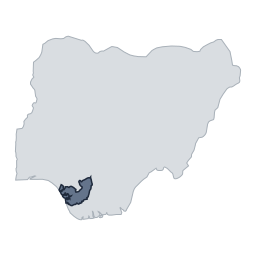 location of Delta within Nigeria
{"feature_id": "NGA-2860", "entity_name": "Delta", "entity_type": "State", "adm_level": 1, "iso_a3": "NGA", "parent_name": "Nigeria", "parent_adm1": "", "projection": "mercator", "projection_center": [5.747, 5.78], "detail": "fine", "context": "in_parent", "style": "filled", "palette": "slate", "viewbox_px": 256, "rotation_deg": 0, "n_neighbors": 0, "source": "natural_earth", "source_scale": "10m", "svg_char_len": 6749}
<svg xmlns="http://www.w3.org/2000/svg" viewBox="0 0 256 256"><path d="M221.4,39.5L230.0,51.6L231.8,60.6L232.5,65.1L234.0,65.6L236.6,65.8L238.6,66.7L239.8,68.2L240.5,69.6L240.6,70.4L240.1,75.8L239.4,77.7L239.8,80.4L239.7,81.5L239.4,82.3L238.2,83.2L236.5,84.0L232.6,86.6L231.5,87.0L229.9,87.0L228.5,87.7L226.8,89.0L223.1,94.2L220.0,99.3L217.8,107.6L215.0,110.2L214.5,112.5L214.1,117.7L213.7,119.3L213.3,119.7L210.3,120.7L208.6,121.9L207.6,124.2L206.3,132.2L205.8,133.5L204.9,134.9L203.4,136.4L202.1,137.2L198.7,137.8L195.5,143.7L195.4,144.8L194.0,150.2L191.6,154.3L191.4,156.9L188.3,160.5L186.7,163.0L188.3,165.5L188.5,165.9L183.2,170.3L182.8,170.9L182.6,173.9L182.2,174.7L181.2,175.8L179.8,177.0L178.3,177.9L176.7,178.6L175.1,178.8L174.2,178.5L173.7,177.5L172.8,173.9L172.4,173.1L171.3,172.4L167.3,168.4L164.8,167.0L164.3,167.1L163.8,167.4L163.1,169.5L162.4,170.2L161.1,170.5L158.9,170.5L157.2,170.2L156.8,169.8L156.1,168.2L151.0,171.9L149.2,172.7L146.9,177.0L143.7,179.2L141.5,181.1L135.6,187.0L134.4,188.7L133.3,191.3L130.7,202.4L126.7,209.3L126.1,210.7L125.9,210.7L125.3,211.3L123.8,210.9L123.0,209.6L122.1,209.4L120.4,207.5L120.0,207.8L121.8,212.6L121.1,214.5L116.2,214.5L111.9,215.1L108.9,215.1L107.4,214.4L106.8,212.6L106.5,212.8L106.4,213.8L105.4,214.5L102.1,214.7L100.6,213.4L99.5,212.1L98.2,211.5L98.4,212.0L99.8,213.4L99.7,215.3L97.0,217.5L95.3,217.6L94.3,216.7L93.7,215.1L93.4,212.8L92.7,211.3L92.4,211.3L92.8,213.8L92.8,216.1L94.1,218.0L92.2,218.5L89.8,218.6L89.5,217.9L89.2,216.4L88.8,216.0L88.3,218.6L83.5,219.3L82.9,219.2L82.7,218.7L83.1,218.0L83.0,216.8L81.9,217.7L81.8,219.5L81.2,219.8L79.3,219.5L77.3,218.6L74.1,216.4L70.1,212.8L69.5,211.1L68.3,209.1L66.2,203.7L66.6,203.4L67.5,203.7L68.0,203.2L66.3,202.8L66.0,202.4L65.9,201.2L66.0,199.7L68.5,198.9L69.0,198.0L69.4,197.1L66.3,198.5L63.4,196.9L62.8,196.0L63.1,195.3L66.4,195.2L67.6,194.5L66.9,194.3L65.6,194.3L65.2,193.8L65.2,192.7L64.8,192.9L64.2,193.9L62.3,194.7L61.1,193.9L61.0,192.3L60.8,191.6L59.8,191.0L56.4,186.6L52.1,183.0L48.3,180.5L42.5,179.3L30.5,179.4L29.8,179.0L30.5,178.5L31.6,178.1L35.5,176.1L34.8,175.8L30.8,177.1L29.4,177.2L27.6,179.6L15.7,180.1L15.8,179.0L16.3,175.8L17.0,173.6L16.2,171.0L16.0,168.5L16.5,167.8L16.7,166.9L16.6,160.6L17.2,159.7L17.2,159.1L16.0,156.4L16.0,154.4L15.8,152.4L15.4,151.5L15.8,143.9L15.7,142.0L16.1,140.7L16.3,137.4L16.2,134.2L17.0,129.1L22.1,128.4L23.4,126.5L24.1,123.9L23.9,121.4L25.5,119.2L27.5,117.3L27.4,115.2L28.0,114.5L28.9,114.0L30.3,113.8L31.8,112.7L32.6,110.8L33.5,107.9L32.2,105.8L32.2,105.3L32.7,104.2L33.5,103.1L34.1,102.7L35.6,103.0L36.1,102.6L37.0,99.3L36.9,98.4L35.6,96.2L34.8,90.2L34.4,89.4L33.3,88.3L30.5,84.1L30.5,82.1L31.7,79.6L32.5,78.3L33.6,77.7L33.8,77.1L33.5,76.3L33.0,75.8L32.8,74.7L33.4,73.1L33.2,71.3L33.5,62.2L35.8,60.5L39.2,57.5L40.9,54.4L41.8,52.1L42.9,44.3L44.7,43.4L48.1,40.6L52.7,38.9L55.7,38.4L60.9,38.8L63.6,38.5L65.8,36.9L66.9,36.5L68.3,36.2L81.4,40.3L82.5,40.1L83.5,40.4L85.2,41.5L89.0,45.2L93.1,51.1L94.3,52.3L95.6,53.0L96.8,53.2L97.8,53.2L98.7,52.6L100.0,51.5L101.9,51.0L103.5,51.1L111.6,46.6L112.4,46.6L117.4,47.5L124.2,52.0L129.8,54.9L133.7,55.9L138.3,56.6L146.1,56.8L152.0,50.5L154.2,49.2L156.8,47.9L162.3,46.8L171.4,46.0L180.0,46.3L185.3,47.4L190.9,49.4L193.3,51.4L197.1,51.7L199.8,51.3L200.7,49.4L203.4,46.8L207.5,44.5L210.9,42.8L213.6,42.0L216.1,40.2L218.0,39.5L221.4,39.5ZM102.4,217.1L100.6,217.7L99.4,217.5L101.0,215.0L101.9,215.6L102.9,215.8L102.4,217.1Z" fill="#d9dde1" stroke="#a8b0b8" stroke-width="1"/><path d="M67.7,203.6L67.6,203.3L68.0,203.3L68.4,203.4L68.2,203.2L67.7,202.6L67.5,202.9L67.4,203.0L67.2,203.0L66.8,203.1L66.6,203.0L66.1,203.1L65.9,203.0L65.9,202.8L65.9,202.2L65.8,201.3L65.4,199.6L65.5,199.3L66.0,199.2L67.2,199.2L67.6,199.1L67.6,199.3L67.8,199.6L68.0,199.5L68.1,199.2L68.4,199.0L69.0,198.8L69.3,198.7L69.6,198.7L69.8,198.9L69.8,198.6L69.3,198.2L69.1,197.9L69.1,197.7L69.1,197.4L69.1,197.1L69.2,196.8L69.5,196.7L70.4,196.6L70.6,196.5L70.8,196.3L71.1,195.9L70.8,196.0L70.5,196.2L70.3,196.4L69.9,196.2L69.9,196.3L69.7,196.4L69.7,196.5L69.2,196.4L68.8,196.6L68.5,197.1L68.6,197.6L68.4,198.0L68.2,198.3L67.9,198.4L67.5,198.2L67.3,198.1L67.2,197.9L66.9,197.9L67.0,198.2L67.1,198.4L67.2,198.6L66.1,198.5L64.0,197.8L63.9,197.7L63.7,197.4L63.1,196.9L62.8,196.6L62.6,196.2L62.6,195.8L62.6,195.6L63.1,195.2L63.4,195.1L65.2,195.1L65.9,195.3L66.3,195.5L66.6,195.2L66.9,194.5L67.1,194.3L67.3,194.2L67.6,194.2L67.9,194.3L68.1,194.4L68.2,194.6L68.3,195.0L68.5,195.1L68.6,194.9L68.6,194.7L68.5,194.4L68.2,194.1L67.8,193.8L67.5,193.7L67.1,193.7L66.9,193.9L66.7,194.4L66.5,194.6L66.2,194.8L65.8,194.8L65.5,194.8L65.2,194.6L65.0,194.4L65.0,194.0L65.4,193.0L65.4,192.7L65.4,192.4L64.8,193.8L64.5,194.2L64.3,194.4L64.0,194.5L63.5,194.6L63.3,194.6L62.9,194.9L62.4,195.1L62.0,194.8L61.7,194.6L61.5,194.2L61.2,193.8L61.0,193.3L60.9,193.0L60.7,192.7L60.6,192.2L60.7,191.8L60.8,191.4L61.0,191.1L61.2,190.9L61.4,191.0L61.8,191.3L62.0,191.2L61.9,190.8L61.9,190.7L62.5,190.1L64.1,189.6L64.5,188.8L64.1,188.9L63.5,189.5L62.7,189.7L61.3,190.5L61.0,190.7L60.1,191.6L59.9,191.6L59.2,190.0L59.1,189.9L61.2,184.7L62.5,185.4L63.4,186.4L63.2,187.7L63.4,188.6L63.8,188.9L64.1,188.8L65.2,187.9L65.1,187.2L65.3,186.8L66.5,186.8L67.1,186.7L67.8,186.8L68.5,187.3L68.8,187.4L69.0,187.5L69.2,187.3L69.3,187.1L70.4,186.4L71.5,186.4L73.7,187.6L74.8,188.7L75.4,189.1L75.9,189.4L75.8,190.1L75.4,190.8L75.5,191.0L75.8,191.4L75.8,191.6L75.8,192.0L76.1,192.1L76.4,192.1L78.3,191.7L79.3,191.0L80.0,190.0L81.1,189.2L81.9,188.3L82.1,187.6L82.1,186.9L81.8,186.7L81.5,186.6L80.3,185.5L79.8,184.6L79.5,183.8L79.5,183.2L78.9,182.1L78.9,181.5L79.2,180.9L79.6,180.5L80.3,180.6L80.8,181.1L81.1,181.7L81.7,181.7L82.5,180.7L83.0,180.4L84.7,179.7L87.0,178.3L88.2,177.8L88.9,177.8L89.5,177.9L90.1,177.7L90.6,177.0L90.6,177.6L90.7,178.1L91.3,180.0L91.4,181.0L91.7,182.0L91.8,182.7L91.9,183.0L92.1,183.5L92.2,184.0L92.2,184.8L92.1,185.1L91.8,185.3L91.5,185.4L91.2,185.7L91.1,186.1L91.1,187.1L90.9,188.1L90.9,188.3L90.9,188.6L90.9,188.8L90.1,189.9L89.7,190.6L89.5,191.1L89.4,191.6L89.3,192.4L88.8,194.6L88.4,195.5L88.4,195.8L88.3,196.4L88.2,196.6L88.1,196.8L87.7,197.2L87.6,197.3L87.2,197.4L87.1,197.5L86.9,197.7L86.8,197.8L87.2,198.7L87.2,199.1L86.9,199.2L84.5,199.6L84.2,199.7L83.8,200.0L83.7,200.1L83.5,200.3L83.4,200.5L83.4,201.0L83.0,201.2L82.2,201.2L81.8,201.3L81.7,201.8L81.7,202.0L81.9,202.3L81.8,202.6L81.6,202.7L81.2,202.9L81.0,203.0L80.9,203.1L80.5,203.3L80.3,203.2L80.1,203.2L79.8,203.1L79.7,203.2L79.1,203.9L78.8,204.1L78.3,204.0L77.9,203.9L77.5,203.6L76.9,203.1L76.6,203.2L76.0,204.1L75.5,204.4L74.9,204.5L74.6,204.4L74.2,204.5L73.9,204.7L73.5,204.8L72.9,205.2L72.2,205.6L71.9,205.6L71.6,205.6L71.1,205.6L70.8,205.3L69.8,204.8L68.9,204.5L68.2,204.0L67.7,203.6Z" fill="#64748b" stroke="#1e293b" stroke-width="1.5"/></svg>